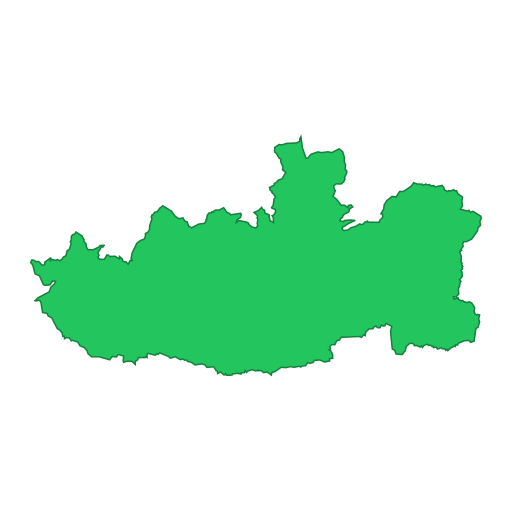 Bolaños, Jalisco, Mexico
{"feature_id": "50627088B97238980475800", "entity_name": "Bolaños", "entity_type": "district", "adm_level": 2, "iso_a3": "MEX", "parent_name": "Mexico", "parent_adm1": "Jalisco", "projection": "albers", "projection_center": [-103.879, 21.899], "detail": "fine", "context": "isolated", "style": "filled", "palette": "green", "viewbox_px": 512, "rotation_deg": 0, "n_neighbors": 0, "source": "geoboundaries", "source_scale": "gbopen_adm2", "svg_char_len": 6055}
<svg xmlns="http://www.w3.org/2000/svg" viewBox="0 0 512 512"><path d="M342.7,151.8L339.1,148.8L331.8,152.6L328.0,151.8L321.5,152.6L317.7,151.9L310.9,154.3L308.0,157.9L306.0,158.3L302.4,147.7L300.9,136.7L299.8,138.7L299.8,141.2L296.8,142.9L286.5,143.4L281.9,144.9L279.1,144.5L274.7,147.5L274.6,152.0L276.3,153.3L279.3,158.4L281.0,159.1L280.6,161.6L283.0,167.0L282.5,169.8L285.8,172.4L282.1,178.8L278.2,180.2L276.1,182.7L274.2,183.5L274.2,185.1L269.5,187.5L270.1,190.1L272.0,191.5L271.9,192.6L274.0,194.4L275.5,197.1L274.0,199.0L273.2,205.2L271.6,207.5L272.0,208.3L275.5,209.5L275.4,212.4L273.5,215.2L272.1,215.7L273.2,217.3L273.5,222.6L269.8,220.6L269.0,214.7L264.8,213.0L264.6,210.2L262.8,209.4L261.6,207.4L258.4,210.6L254.0,212.4L257.7,215.8L257.0,218.0L257.8,219.3L257.2,223.5L257.7,225.9L255.8,227.9L251.9,227.0L248.8,224.4L248.4,222.9L245.7,221.8L238.8,220.6L236.2,222.6L237.0,219.7L240.5,217.5L241.3,214.3L240.6,213.3L230.5,214.8L229.7,213.5L226.9,212.4L223.7,207.7L219.1,210.1L216.1,210.0L214.1,210.7L213.5,212.0L211.9,211.7L211.3,212.9L209.1,212.9L207.2,215.2L206.7,218.9L205.9,219.5L206.2,221.1L204.2,223.4L198.7,224.1L191.6,227.8L188.5,226.0L187.2,221.9L184.6,220.9L182.9,217.8L179.3,218.7L178.1,218.3L175.0,216.1L171.4,211.1L162.8,205.8L159.7,208.2L157.3,211.6L154.6,212.3L152.7,215.0L152.0,214.9L151.2,217.4L152.0,218.7L149.8,225.4L149.4,229.7L147.9,232.2L145.4,233.5L145.4,236.3L144.3,239.0L140.3,240.6L136.8,243.3L132.2,252.8L131.0,259.1L132.3,260.5L130.0,260.8L128.1,264.3L126.0,261.8L123.2,261.5L122.1,258.7L119.5,256.5L119.5,258.8L114.9,256.2L109.8,256.5L108.3,255.1L106.8,255.0L104.4,259.3L100.1,259.4L97.8,257.6L99.0,255.3L97.9,252.6L101.6,246.9L102.9,247.1L103.3,245.9L104.7,245.2L99.9,245.6L99.0,247.0L92.8,249.9L88.0,249.6L86.4,247.1L86.1,243.9L83.9,241.5L84.0,239.6L81.9,235.9L75.9,232.0L74.8,234.0L72.7,234.7L71.4,236.2L71.2,240.1L70.3,241.7L71.1,243.7L69.4,249.2L67.1,250.8L65.9,255.8L63.4,257.0L61.8,259.5L59.8,260.6L57.3,259.6L55.9,260.3L51.1,259.3L50.2,261.6L50.9,258.2L50.4,258.0L44.8,262.1L44.6,264.6L42.4,265.4L38.6,261.5L36.0,261.6L33.9,260.2L31.7,260.0L30.7,262.6L32.7,264.9L35.0,273.8L39.5,275.9L43.3,284.5L45.0,285.3L49.9,284.9L52.7,280.9L55.6,281.4L54.5,283.9L50.8,287.2L49.2,291.9L37.6,298.0L35.2,300.7L34.1,300.5L35.9,300.9L39.6,300.3L40.9,302.2L42.6,312.6L47.0,313.3L48.2,316.0L51.7,317.8L57.4,328.8L59.9,330.1L62.1,333.0L62.8,336.4L64.3,336.2L64.5,338.7L66.4,337.7L69.3,337.8L71.2,340.8L72.1,340.3L77.7,341.9L80.0,345.8L84.4,347.6L87.0,350.6L88.0,353.7L91.6,356.8L99.3,356.8L109.7,359.8L112.2,356.5L116.4,357.0L117.9,354.8L119.2,354.7L123.7,356.1L123.1,361.1L123.7,362.3L126.1,361.4L131.7,361.2L135.3,364.4L135.2,361.4L137.6,360.0L138.4,357.6L145.2,357.6L145.8,356.6L147.1,357.5L147.0,354.5L147.9,353.4L155.4,355.2L156.9,353.6L158.1,354.4L159.6,352.9L168.4,356.4L170.5,358.2L175.2,356.7L180.2,359.6L182.8,359.0L184.7,360.2L186.3,360.0L187.9,361.6L190.9,362.1L195.1,364.9L202.1,363.9L205.1,365.0L206.9,367.4L213.7,366.8L216.0,370.5L217.4,371.1L217.6,373.5L220.8,372.0L223.6,374.8L224.7,374.9L225.7,373.7L226.5,375.2L230.2,375.3L232.3,374.8L232.5,373.9L238.1,373.3L240.6,374.1L241.3,373.9L241.2,372.8L244.4,372.6L245.1,370.4L246.6,372.4L247.5,371.1L252.3,369.7L255.6,371.0L258.1,370.1L258.2,370.8L261.0,370.5L263.6,372.6L267.1,372.0L271.3,375.1L271.9,372.6L275.1,371.5L281.0,367.4L286.2,367.6L290.4,366.6L294.1,367.3L299.1,366.3L300.7,367.0L302.1,366.0L305.6,365.7L307.8,362.7L309.9,363.3L312.9,362.6L314.5,360.3L319.8,360.0L324.6,362.0L329.6,361.0L329.6,358.6L332.7,358.3L332.5,354.0L330.5,350.5L328.9,349.7L330.6,348.8L329.7,346.5L331.8,344.6L334.9,344.7L336.7,340.8L339.4,340.1L341.3,337.3L358.8,336.5L361.3,337.3L363.8,335.0L365.2,335.6L365.6,332.3L369.1,328.9L373.0,328.7L373.8,327.1L376.0,326.1L377.5,327.7L380.1,327.7L381.3,325.1L383.6,326.1L384.9,325.8L386.0,323.4L391.8,326.4L390.5,331.3L392.3,349.1L394.5,350.1L396.1,354.0L402.1,354.6L405.3,350.7L406.3,346.3L409.9,343.4L412.7,343.4L414.2,344.6L414.3,345.7L416.6,345.5L420.1,347.1L421.4,345.9L422.5,347.4L423.9,345.4L427.2,344.2L428.6,345.5L430.5,345.1L431.8,346.3L432.8,346.0L433.3,347.6L436.3,347.1L437.5,349.1L441.3,347.7L442.3,348.8L445.5,349.1L445.8,350.3L447.1,349.4L447.8,350.7L450.6,348.1L454.2,346.2L455.3,346.5L455.5,344.8L457.5,345.1L458.4,343.2L464.2,340.8L468.8,340.4L470.6,342.3L474.1,341.2L475.9,328.5L478.1,327.1L479.6,321.8L478.7,318.8L479.6,314.9L477.7,314.4L476.8,315.0L475.2,314.1L474.0,311.6L474.7,307.7L471.8,303.1L469.4,301.8L467.0,302.4L464.3,301.9L462.7,300.5L461.3,300.9L458.4,299.2L458.0,297.7L454.2,299.2L453.4,296.8L456.2,296.8L458.7,293.9L458.4,287.8L459.4,286.8L460.1,282.5L461.0,281.5L459.4,279.7L462.3,276.4L462.0,272.0L460.9,270.4L462.6,268.8L462.1,267.7L462.8,266.3L461.7,264.6L462.1,263.1L461.1,262.4L461.3,256.5L459.6,251.6L461.7,250.4L461.0,249.3L463.2,246.4L462.7,244.0L463.5,241.8L466.6,241.6L471.7,239.1L477.5,230.9L477.9,227.9L480.6,225.2L479.8,221.5L481.3,218.4L480.9,216.3L473.0,211.3L470.4,212.3L469.0,210.3L466.9,210.9L460.3,209.3L462.5,205.9L461.8,201.0L462.5,197.0L458.2,194.1L456.5,190.7L454.5,190.8L453.8,189.7L450.4,191.0L448.6,190.6L447.7,191.6L444.4,189.9L443.8,187.5L442.1,185.4L435.1,186.9L433.9,185.6L431.2,186.0L429.3,184.5L426.9,185.0L425.9,184.0L423.2,185.4L422.4,184.2L417.0,184.0L413.7,182.7L411.1,186.2L406.1,189.7L403.3,191.5L399.6,191.5L396.1,196.9L392.0,196.4L386.8,200.6L384.2,204.7L383.7,208.9L380.9,213.8L382.6,214.3L382.6,217.4L379.8,220.3L379.2,222.3L368.5,222.2L367.3,221.1L367.1,221.8L364.9,222.0L363.4,224.0L361.3,224.6L359.8,223.9L355.5,226.4L351.0,227.7L348.1,229.9L343.8,230.6L342.2,229.0L342.1,227.7L348.5,223.5L355.2,220.4L349.4,220.0L344.5,220.5L343.3,221.6L340.2,220.9L340.3,219.0L342.7,217.1L342.6,216.2L344.3,214.2L348.8,212.0L349.6,208.9L352.8,206.9L351.0,204.9L348.3,205.5L348.0,207.6L344.2,205.1L341.2,205.3L336.4,199.1L333.0,196.5L335.4,190.5L334.5,189.7L333.6,185.8L336.1,183.9L341.3,183.9L343.8,181.8L345.0,178.8L344.5,177.6L346.7,173.0L346.7,170.7L345.0,169.3L345.6,164.7L344.3,162.1L344.4,157.5L342.7,151.8Z" fill="#22c55e" stroke="#15803d" stroke-width="1.5"/></svg>